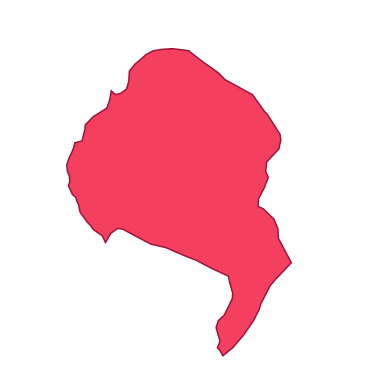 Baguirmi, Chari-Baguirmi, Chad, rotated 36°
{"feature_id": "50815135B83477967363059", "entity_name": "Baguirmi", "entity_type": "district", "adm_level": 2, "iso_a3": "TCD", "parent_name": "Chad", "parent_adm1": "Chari-Baguirmi", "projection": "orthographic", "projection_center": [16.269, 11.464], "detail": "fine", "context": "isolated", "style": "filled", "palette": "rose", "viewbox_px": 384, "rotation_deg": 36, "n_neighbors": 0, "source": "geoboundaries", "source_scale": "gbopen_adm2", "svg_char_len": 1439}
<svg xmlns="http://www.w3.org/2000/svg" viewBox="0 0 384 384"><g transform="rotate(36 192 192)"><path d="M313.9,190.8L302.0,185.0L293.1,180.6L289.2,178.8L282.8,171.0L274.1,165.8L259.8,163.7L253.8,164.8L249.8,158.4L248.0,145.9L246.1,139.3L245.2,135.5L239.4,131.9L234.8,123.8L235.5,117.6L237.0,106.1L233.2,97.7L229.5,93.7L207.8,85.1L202.4,84.0L183.8,77.7L152.7,81.7L143.0,80.1L139.4,80.2L134.6,80.2L124.7,80.3L123.5,80.3L106.2,79.7L103.0,81.4L99.5,83.3L92.4,87.3L91.7,87.7L90.4,88.8L83.6,94.5L77.7,100.4L74.0,107.8L72.6,114.8L70.7,122.3L70.3,131.0L75.7,139.5L78.5,147.0L76.4,154.0L72.9,158.2L67.2,157.6L71.2,165.6L73.8,174.2L67.9,189.0L66.2,200.3L68.8,204.7L71.6,212.0L73.0,215.4L68.3,221.0L69.7,224.4L71.0,228.3L72.6,237.0L74.8,243.8L79.4,248.8L83.2,250.9L86.7,255.0L87.4,256.3L88.1,259.4L96.8,264.3L101.4,264.7L104.1,267.0L104.4,267.2L105.9,268.0L107.2,268.7L107.9,269.2L108.3,269.6L113.5,274.2L125.5,278.1L129.5,278.7L133.9,280.3L137.1,280.3L145.2,280.2L151.7,283.7L150.6,273.2L153.4,265.0L157.8,262.8L172.4,260.8L189.6,258.3L203.6,252.3L217.0,249.4L224.8,247.6L235.4,244.8L253.7,242.1L270.9,238.7L276.0,243.3L284.5,250.0L287.3,254.6L290.5,272.7L288.9,280.5L291.2,287.5L297.4,292.5L302.4,296.1L304.1,303.1L308.1,303.9L313.3,306.3L316.5,293.8L317.8,277.9L317.4,259.9L315.4,247.8L313.4,241.9L310.3,221.9L310.5,218.9L310.9,213.8L310.9,213.2L311.0,212.4L311.3,211.2L313.9,190.8Z" fill="#f43f5e" stroke="#9f1239" stroke-width="1.5"/></g></svg>